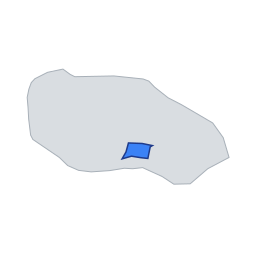 Qatar, with Umm Salal highlighted, rotated 101°
{"feature_id": "QAT-1107", "entity_name": "Umm Salal", "entity_type": "Municipality", "adm_level": 1, "iso_a3": "QAT", "parent_name": "Qatar", "parent_adm1": "", "projection": "albers", "projection_center": [51.351, 25.463], "detail": "fine", "context": "in_parent", "style": "filled", "palette": "blue", "viewbox_px": 256, "rotation_deg": 101, "n_neighbors": 0, "source": "natural_earth", "source_scale": "10m", "svg_char_len": 741}
<svg xmlns="http://www.w3.org/2000/svg" viewBox="0 0 256 256"><g transform="rotate(101 128 128)"><path d="M138.2,227.2L127.4,229.9L117.2,232.8L108.7,232.7L101.9,231.6L97.4,228.8L88.7,217.6L82.6,203.1L86.4,195.0L87.8,190.0L79.6,151.8L77.0,122.5L78.0,116.5L82.8,109.7L90.7,94.4L95.0,79.7L106.9,45.8L119.3,32.7L137.6,23.2L152.7,41.9L170.9,56.3L174.4,72.3L169.1,85.3L164.1,106.1L167.1,115.7L168.2,123.9L173.3,137.8L178.1,155.8L179.0,168.4L176.4,180.0L170.0,189.8L157.4,219.2L153.6,222.2L138.2,227.2Z" fill="#d9dde1" stroke="#a8b0b8" stroke-width="1"/><path d="M140.6,100.7L142.3,102.6L154.1,102.7L154.7,109.9L155.0,119.2L159.4,127.9L151.9,125.4L142.6,124.7L140.5,111.2L140.6,100.7Z" fill="#3b82f6" stroke="#1e3a8a" stroke-width="1.5"/></g></svg>